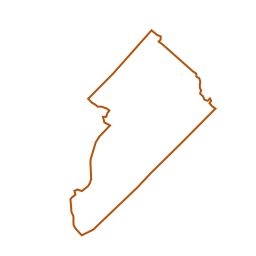 the district of São Bento do Trairí, Rio Grande do Norte, Brazil, rotated 67°
{"feature_id": "56859067B1247516592895", "entity_name": "São Bento do Trairí", "entity_type": "district", "adm_level": 2, "iso_a3": "BRA", "parent_name": "Brazil", "parent_adm1": "Rio Grande do Norte", "projection": "albers", "projection_center": [-36.048, -6.394], "detail": "fine", "context": "isolated", "style": "outline", "palette": "amber", "viewbox_px": 256, "rotation_deg": 67, "n_neighbors": 0, "source": "geoboundaries", "source_scale": "gbopen_adm2", "svg_char_len": 884}
<svg xmlns="http://www.w3.org/2000/svg" viewBox="0 0 256 256"><g transform="rotate(67 128 128)"><path d="M85.5,153.2L90.5,151.4L93.5,149.1L96.6,147.5L97.9,144.1L101.7,140.0L104.7,138.3L106.1,141.0L109.2,143.7L107.9,146.6L113.6,147.6L118.6,143.5L121.5,150.2L124.7,157.8L128.7,163.4L142.2,174.6L145.4,176.2L160.5,181.8L163.8,184.6L165.9,187.4L168.0,195.1L164.9,198.6L164.9,201.8L168.9,202.5L169.9,206.5L171.1,208.8L176.2,210.5L183.4,212.9L187.9,212.7L193.8,215.2L196.7,216.1L200.6,215.4L208.7,212.5L207.9,199.4L205.4,193.0L186.5,142.9L178.4,124.5L161.8,82.6L144.3,39.9L140.9,42.1L137.0,43.3L135.6,40.9L132.8,41.0L134.1,44.0L131.9,46.5L128.1,46.6L124.5,48.2L121.9,46.0L119.2,46.2L116.1,44.9L113.4,43.3L110.1,43.0L107.5,44.9L104.6,44.0L101.1,46.2L64.5,63.6L60.5,66.0L59.3,63.4L56.5,62.1L53.4,65.1L47.3,68.2L72.0,120.2L85.5,153.2Z" fill="none" stroke="#b45309" stroke-width="2"/></g></svg>